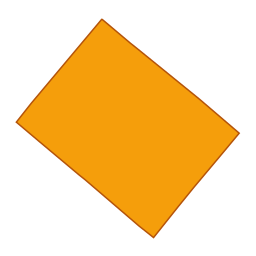 Shelby, Indiana, United States of America (Robinson projection), rotated 310°
{"feature_id": "52423323B30392961405034", "entity_name": "Shelby", "entity_type": "district", "adm_level": 2, "iso_a3": "USA", "parent_name": "United States of America", "parent_adm1": "Indiana", "projection": "robinson", "projection_center": [-85.79, 39.523], "detail": "fine", "context": "isolated", "style": "filled", "palette": "amber", "viewbox_px": 256, "rotation_deg": 310, "n_neighbors": 0, "source": "geoboundaries", "source_scale": "gbopen_adm2", "svg_char_len": 361}
<svg xmlns="http://www.w3.org/2000/svg" viewBox="0 0 256 256"><g transform="rotate(310 128 128)"><path d="M172.8,216.6L195.5,216.5L196.0,164.0L194.7,82.8L194.5,75.3L194.6,38.5L194.3,38.0L84.6,38.0L60.7,38.7L60.6,68.8L60.6,120.3L60.8,127.9L60.0,199.5L60.5,218.0L100.2,217.0L124.8,216.6L172.8,216.6Z" fill="#f59e0b" stroke="#b45309" stroke-width="1.5"/></g></svg>